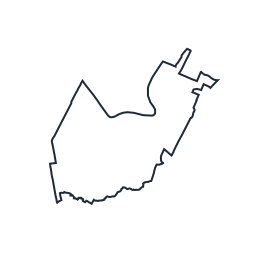 the district of Macin, Tulcea, Romania, rotated 111°
{"feature_id": "2599482B26463842882157", "entity_name": "Macin", "entity_type": "district", "adm_level": 2, "iso_a3": "ROU", "parent_name": "Romania", "parent_adm1": "Tulcea", "projection": "mercator", "projection_center": [28.155, 45.247], "detail": "fine", "context": "isolated", "style": "outline", "palette": "slate", "viewbox_px": 256, "rotation_deg": 111, "n_neighbors": 0, "source": "geoboundaries", "source_scale": "gbopen_adm2", "svg_char_len": 5532}
<svg xmlns="http://www.w3.org/2000/svg" viewBox="0 0 256 256"><g transform="rotate(111 128 128)"><path d="M100.2,187.4L102.4,187.8L104.8,187.9L109.0,188.6L111.2,188.7L115.3,189.4L123.9,190.3L125.2,189.8L156.7,193.3L161.9,193.8L162.7,194.0L163.6,194.3L164.1,194.4L164.6,194.4L165.0,194.5L166.8,194.6L168.3,194.0L169.0,193.6L171.4,192.0L176.3,188.9L180.2,186.5L185.3,183.5L186.5,182.8L188.1,185.8L189.3,188.0L189.7,187.8L190.4,187.4L191.2,187.0L192.6,186.2L194.2,185.1L195.2,184.6L195.9,184.2L196.4,183.8L197.4,183.4L198.3,182.9L200.5,181.6L200.8,181.3L201.4,181.0L203.0,179.9L203.9,179.3L207.9,176.9L212.1,174.4L214.7,172.8L217.2,171.3L219.2,169.9L222.7,167.8L222.9,167.5L223.1,167.3L221.2,166.2L219.2,164.3L215.4,167.0L214.3,167.6L213.2,168.2L212.3,167.0L212.2,166.7L212.2,166.2L212.1,165.9L211.9,165.5L211.7,165.1L211.5,164.8L211.3,164.6L211.2,164.6L210.9,164.7L210.7,164.6L210.6,164.4L210.7,164.1L210.7,163.7L210.7,163.4L210.7,163.1L210.5,162.4L210.1,160.5L210.0,160.0L209.9,159.4L209.9,159.0L210.0,158.1L211.7,157.5L211.4,156.8L210.5,156.8L210.6,156.1L210.7,155.5L210.8,155.4L211.3,154.8L211.5,154.5L211.6,154.2L211.9,153.7L212.0,153.2L213.0,153.2L212.8,152.5L212.7,151.7L212.6,151.1L212.7,150.8L212.7,150.4L212.9,149.6L212.0,149.5L212.1,149.1L211.3,149.0L210.7,148.8L210.7,148.6L210.7,148.4L210.6,147.8L210.6,147.7L210.6,147.0L210.6,146.9L210.0,146.8L210.2,145.8L210.5,144.7L210.8,144.7L211.0,144.7L211.1,144.4L211.5,144.5L211.6,144.4L211.6,144.2L211.8,144.2L212.1,143.9L212.4,143.7L212.4,143.2L212.7,141.5L212.3,141.3L211.5,141.1L210.9,140.8L210.8,140.7L210.7,140.6L210.8,140.2L211.0,139.1L211.3,138.1L211.4,137.2L211.8,134.8L211.2,134.7L207.3,134.2L207.4,133.9L207.5,133.2L207.6,132.8L207.6,132.6L207.5,132.4L207.4,132.3L207.3,132.0L207.2,131.5L207.0,131.1L207.0,130.9L207.0,130.7L206.9,129.9L206.7,129.7L206.3,129.3L206.2,129.2L205.9,128.2L205.6,127.8L205.4,127.5L205.3,127.3L205.2,126.9L204.8,126.1L204.7,126.0L204.5,125.9L204.2,125.6L204.1,125.4L204.1,125.0L203.9,124.8L203.6,124.8L203.4,124.7L203.2,124.4L202.5,124.6L202.4,124.6L202.2,124.6L201.9,124.4L201.7,124.2L201.6,123.9L201.4,123.8L200.9,123.6L200.7,123.6L200.3,123.6L199.9,123.4L199.6,123.2L199.3,122.7L199.3,121.9L199.2,121.3L199.1,120.9L199.0,120.4L198.9,120.2L198.8,119.8L198.6,119.5L198.4,119.4L198.0,118.9L197.8,118.5L197.5,118.1L197.2,117.6L197.1,117.4L197.0,116.7L196.9,116.5L196.7,116.3L196.2,115.9L195.6,115.6L194.5,115.2L193.2,114.9L192.5,114.8L191.9,114.8L191.7,114.7L191.1,114.1L190.8,113.7L190.5,113.2L190.3,113.0L190.1,112.8L189.6,112.6L188.8,112.2L188.4,112.1L188.2,112.1L187.5,112.3L187.3,112.3L187.2,112.3L186.8,111.9L186.4,111.6L186.2,111.5L185.9,111.5L185.6,111.5L185.4,111.5L185.2,111.5L185.1,111.4L185.1,111.1L185.1,110.8L185.0,110.6L184.9,110.2L184.7,109.1L184.7,108.9L184.8,108.7L185.0,108.2L185.1,107.8L185.3,107.0L185.3,106.9L185.2,106.7L184.5,105.8L184.1,105.3L183.9,105.0L183.8,104.7L183.8,104.2L183.9,103.7L183.9,103.1L184.2,102.1L184.2,101.9L184.2,101.5L184.1,101.4L183.9,100.9L183.7,100.8L183.5,100.7L183.6,99.8L183.5,99.5L183.2,98.9L182.9,98.5L182.7,98.4L182.6,97.7L182.2,96.5L181.9,96.1L181.2,95.1L180.9,94.9L180.3,94.9L179.8,94.7L178.7,94.0L178.1,93.6L177.8,93.3L177.6,93.0L177.4,92.8L177.2,92.8L176.4,93.2L176.0,93.4L175.2,93.4L174.9,93.5L174.6,93.7L174.4,93.9L173.9,93.6L173.2,93.2L172.8,93.0L172.7,92.8L172.6,92.5L172.2,92.0L171.6,91.2L171.4,90.5L171.2,90.1L170.9,89.7L170.3,89.0L169.9,88.6L169.6,88.2L169.3,87.9L169.2,87.6L169.1,87.4L168.9,87.4L168.2,87.3L167.8,87.3L167.6,87.3L166.8,87.4L161.1,87.7L160.1,87.8L159.0,88.1L157.1,88.2L156.0,88.4L155.3,88.4L151.9,88.2L151.6,87.5L151.2,86.0L150.9,85.5L150.6,85.1L150.2,84.8L149.8,84.3L149.5,83.9L148.6,82.8L148.3,82.6L148.2,82.6L148.0,82.8L148.0,83.2L147.9,83.9L147.7,84.2L147.4,84.7L146.5,85.5L145.7,85.9L144.6,86.3L144.0,86.6L143.3,86.9L142.5,87.0L141.6,87.1L140.9,87.1L138.3,86.9L135.0,86.7L134.8,86.7L135.7,84.1L137.8,78.4L138.1,77.5L137.6,77.4L137.0,77.4L136.6,77.3L136.0,77.3L135.2,77.1L133.9,77.0L133.5,77.1L133.4,77.1L132.7,77.0L131.0,76.9L130.7,76.9L128.9,76.7L128.3,76.7L126.4,76.5L125.7,76.4L125.1,76.3L124.2,76.3L123.5,76.2L121.9,76.1L120.8,75.9L114.9,75.1L96.2,73.1L96.2,72.9L95.8,72.5L94.5,72.0L92.9,72.0L90.9,72.4L89.7,72.5L89.3,72.2L88.3,72.2L87.5,72.2L87.3,72.2L87.0,72.5L86.7,72.9L86.3,73.2L85.6,74.1L78.0,73.8L77.9,74.1L71.7,73.9L71.5,80.7L68.6,80.6L66.8,77.8L66.7,76.8L66.4,74.8L66.4,73.3L60.0,73.1L60.3,67.3L61.1,65.5L58.4,64.4L51.3,61.4L51.4,61.6L51.5,62.0L51.9,64.0L52.0,65.2L52.0,65.6L52.0,66.0L51.9,66.6L51.5,67.9L51.4,68.5L50.8,70.1L50.7,70.4L50.4,72.0L50.4,72.9L50.5,73.8L50.7,75.2L50.8,75.8L50.8,76.2L50.4,77.2L49.8,79.1L49.4,79.7L49.5,79.9L49.6,80.0L49.9,80.1L53.2,80.2L55.2,80.3L59.5,80.4L59.5,80.5L59.5,85.7L59.4,88.9L59.2,93.1L59.1,96.6L58.9,99.9L58.2,99.8L57.0,99.5L53.3,98.9L44.9,98.2L40.2,97.7L37.1,97.4L35.4,97.3L33.8,97.0L33.6,97.1L33.2,97.5L32.9,101.2L37.5,102.9L40.7,103.9L41.1,103.9L41.3,103.9L42.3,103.6L42.6,103.5L44.3,103.8L44.6,103.9L47.3,104.4L49.9,105.1L50.2,105.3L51.1,105.6L51.3,105.7L52.1,105.7L52.8,105.8L53.0,105.8L53.7,105.6L53.4,110.2L53.4,111.1L53.4,119.2L56.1,120.0L67.4,122.5L72.3,123.5L80.9,124.0L83.6,123.7L87.5,122.2L90.8,120.9L96.1,116.2L98.5,112.5L100.6,109.8L102.9,108.5L104.9,108.0L106.7,108.6L107.8,109.9L108.5,112.1L110.6,118.5L111.1,122.8L111.1,123.0L111.7,127.5L111.8,128.2L113.4,134.0L114.1,135.4L115.5,138.0L118.2,141.2L122.2,144.6L123.8,147.0L124.3,148.9L123.4,151.3L116.4,162.0L113.3,166.4L109.2,172.7L106.5,177.3L105.5,179.0L102.3,184.3L100.2,187.4Z" fill="none" stroke="#1e293b" stroke-width="2"/></g></svg>